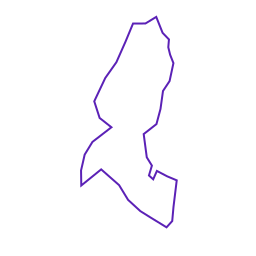 Katydata, Nicosia, Cyprus (orthographic projection), rotated 80°
{"feature_id": "46923920B20193016295799", "entity_name": "Katydata", "entity_type": "district", "adm_level": 2, "iso_a3": "CYP", "parent_name": "Cyprus", "parent_adm1": "Nicosia", "projection": "orthographic", "projection_center": [32.912, 35.095], "detail": "fine", "context": "isolated", "style": "outline", "palette": "violet", "viewbox_px": 256, "rotation_deg": 80, "n_neighbors": 0, "source": "geoboundaries", "source_scale": "gbopen_adm2", "svg_char_len": 638}
<svg xmlns="http://www.w3.org/2000/svg" viewBox="0 0 256 256"><g transform="rotate(80 128 128)"><path d="M26.0,104.9L42.6,115.5L60.0,127.2L61.2,128.0L74.8,141.7L94.0,155.3L95.9,156.6L113.2,154.2L124.4,144.2L135.5,165.4L146.7,175.3L154.1,178.4L161.6,181.6L176.5,184.0L164.1,161.6L182.7,146.7L198.8,140.4L212.1,130.2L220.0,121.4L232.5,107.3L227.3,100.6L213.6,96.9L188.0,89.1L182.4,97.8L175.3,107.0L182.9,112.1L178.4,115.6L169.2,111.0L160.1,114.6L136.7,113.6L129.1,99.3L114.9,92.7L97.6,87.1L89.0,78.9L72.0,72.0L63.1,73.8L55.5,74.3L47.9,72.3L40.3,77.4L23.5,80.9L28.1,92.7L26.0,104.9Z" fill="none" stroke="#5b21b6" stroke-width="2"/></g></svg>